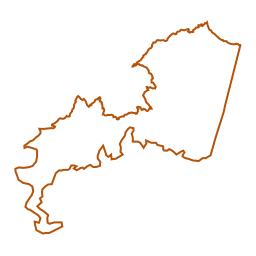 the district of Melandra, Paphos, Cyprus
{"feature_id": "46923920B99215363510988", "entity_name": "Melandra", "entity_type": "district", "adm_level": 2, "iso_a3": "CYP", "parent_name": "Cyprus", "parent_adm1": "Paphos", "projection": "mercator", "projection_center": [32.531, 34.989], "detail": "fine", "context": "isolated", "style": "outline", "palette": "amber", "viewbox_px": 256, "rotation_deg": 0, "n_neighbors": 0, "source": "geoboundaries", "source_scale": "gbopen_adm2", "svg_char_len": 5252}
<svg xmlns="http://www.w3.org/2000/svg" viewBox="0 0 256 256"><path d="M39.4,128.8L40.6,131.6L40.4,133.4L38.5,135.7L36.5,137.0L33.0,140.3L30.0,141.4L27.5,143.5L25.5,144.9L24.4,145.6L24.5,147.9L27.3,146.7L29.7,147.3L32.2,148.0L36.7,149.6L37.1,151.4L37.1,156.4L36.1,161.7L34.8,163.3L32.5,166.0L28.8,167.2L23.3,167.9L18.9,167.4L15.4,168.8L15.5,171.3L17.1,175.6L18.5,179.8L23.4,183.0L28.7,184.0L32.3,186.4L33.2,191.4L31.7,195.2L29.4,198.3L26.4,202.9L25.4,206.9L28.0,209.2L30.0,209.8L34.4,212.8L38.2,215.2L40.5,218.3L38.9,222.8L34.7,221.6L34.9,224.2L36.4,230.1L38.2,231.1L43.2,233.6L45.3,233.0L49.4,232.9L52.5,231.4L58.9,228.2L62.3,226.4L61.6,222.4L54.3,222.4L49.5,223.8L47.6,222.7L47.3,217.8L48.2,215.1L43.9,211.4L40.3,209.2L37.3,206.3L41.7,202.2L39.9,198.5L42.5,196.4L42.0,192.4L42.3,189.4L45.2,186.5L48.1,184.5L50.0,184.3L51.8,184.2L54.2,177.6L55.8,173.2L59.2,170.3L61.0,170.6L63.6,169.9L67.8,169.9L69.5,169.0L71.2,165.6L73.8,165.4L76.4,166.3L73.9,168.5L76.6,170.2L78.6,169.2L80.5,168.0L82.7,167.6L83.9,168.9L87.7,166.0L90.4,164.9L93.3,167.1L96.5,166.9L100.0,165.8L100.3,162.0L97.7,158.4L97.7,155.9L99.4,150.7L103.1,145.7L105.7,153.0L106.2,155.1L108.4,156.9L111.1,154.6L111.6,159.3L115.9,158.7L122.7,154.6L120.5,151.8L120.9,147.1L119.8,144.1L121.5,140.4L124.9,135.7L125.6,132.2L128.1,128.9L130.0,127.4L133.5,128.2L133.5,130.8L131.7,133.5L132.8,137.6L132.8,141.6L138.4,141.7L140.4,143.0L143.6,147.8L146.4,143.3L146.1,140.5L151.5,142.8L156.0,142.8L157.3,144.9L163.2,146.3L163.2,149.5L164.2,150.6L167.3,150.6L169.2,149.1L171.5,150.2L174.0,152.1L176.4,154.6L181.0,151.6L183.3,150.7L184.5,152.5L183.1,154.5L182.5,156.3L183.9,157.3L185.7,158.3L188.9,158.9L191.3,159.9L193.4,160.6L195.2,160.6L198.5,161.1L202.9,158.1L205.7,158.2L210.6,155.3L215.4,138.2L223.7,112.0L225.3,104.6L240.6,44.3L240.2,45.1L238.9,45.1L238.7,44.8L237.6,43.8L236.6,43.9L236.2,43.7L235.8,44.1L233.1,44.3L231.4,44.0L230.1,43.6L227.8,42.7L226.4,41.2L225.2,41.2L223.5,41.1L222.8,40.0L221.4,39.9L221.0,39.7L218.9,38.2L218.2,37.3L216.5,36.1L216.1,35.5L214.3,33.8L212.0,32.3L211.2,30.5L209.7,29.8L209.2,29.4L208.0,26.2L207.4,24.7L207.4,23.8L207.0,22.4L206.6,23.0L205.0,23.2L205.0,23.3L204.4,24.2L203.2,25.0L202.4,26.0L201.9,25.9L202.1,24.5L201.6,24.3L201.1,24.4L200.8,25.6L198.6,25.1L198.3,25.8L198.7,27.2L198.1,27.5L195.9,27.6L195.3,28.7L193.1,30.2L193.3,31.8L192.8,32.1L191.0,31.8L189.9,32.6L189.2,32.4L188.0,31.6L188.7,30.8L188.8,29.6L188.3,29.0L184.2,30.3L181.1,29.7L179.4,31.4L178.0,31.6L176.6,32.5L176.5,33.8L175.7,34.3L173.5,33.5L172.5,33.7L170.0,35.9L168.5,37.5L167.5,38.9L167.3,40.1L166.3,40.8L165.2,41.1L164.1,40.4L163.1,40.1L161.8,40.3L160.7,40.5L157.6,40.1L157.0,40.3L155.4,42.5L153.5,42.4L152.1,44.8L152.0,46.3L151.7,47.1L150.8,48.2L149.6,48.5L148.8,49.4L147.8,50.7L147.3,52.2L146.3,53.0L145.7,53.9L145.7,54.3L144.7,54.5L143.2,55.8L143.4,57.0L143.1,57.1L141.9,58.3L140.8,60.1L139.1,61.1L137.0,62.4L135.8,64.1L135.2,64.3L134.0,64.2L133.5,65.3L132.6,66.0L132.5,66.5L133.3,66.5L133.6,66.3L134.3,65.4L135.6,65.6L137.6,63.9L138.5,64.3L139.0,64.1L139.4,64.8L141.2,65.2L141.9,65.7L142.6,65.4L143.9,66.5L146.7,67.7L147.5,68.8L147.9,69.7L148.4,70.0L148.8,70.6L148.7,71.7L149.2,73.3L150.2,73.4L151.0,73.7L152.5,76.5L152.3,77.2L153.0,78.4L151.5,79.6L151.6,82.5L153.2,82.7L155.8,86.8L155.1,88.3L154.7,88.0L153.6,88.4L152.9,88.5L152.0,88.2L151.5,87.9L150.8,87.5L150.3,87.2L149.5,87.7L148.8,87.7L148.1,87.6L147.4,87.0L146.7,87.0L146.9,88.0L147.4,88.5L148.3,90.0L147.1,90.4L146.7,90.8L145.8,91.5L144.6,92.2L144.2,93.5L143.0,95.2L145.5,99.5L145.4,100.0L145.8,100.8L146.3,102.4L148.6,104.6L149.5,106.0L151.2,107.7L151.6,108.7L150.5,108.7L150.2,108.2L149.7,108.0L148.8,109.5L147.9,110.8L147.1,111.0L146.0,110.3L145.2,109.4L143.5,108.8L142.8,109.7L141.7,109.9L141.1,108.5L140.3,107.3L139.7,107.3L138.9,106.9L138.0,106.8L137.0,107.3L137.6,108.7L138.4,109.3L137.8,110.4L137.9,111.6L137.0,112.7L136.9,113.6L136.4,113.6L135.9,113.8L134.9,112.9L133.1,113.0L132.2,112.6L131.0,112.5L130.6,112.8L129.4,113.3L128.8,112.9L127.3,114.3L126.5,114.6L124.6,114.8L124.0,116.1L123.5,116.6L122.5,116.4L120.7,116.8L119.0,117.6L118.7,119.1L118.3,119.3L117.5,119.4L116.8,119.1L116.8,117.9L115.5,116.9L114.4,116.9L113.5,117.2L113.1,115.7L112.8,115.2L111.4,114.7L110.1,115.0L107.7,114.9L106.1,115.5L105.6,115.5L104.8,115.3L103.5,114.4L102.9,114.4L104.3,110.0L103.5,108.2L102.7,108.5L102.7,108.0L102.4,107.8L102.4,105.7L102.2,104.2L101.6,103.8L101.9,102.7L101.1,101.6L100.5,101.7L100.1,101.6L99.7,99.9L100.4,98.7L100.4,97.9L100.2,97.5L99.6,97.3L99.4,97.6L98.7,97.8L98.1,98.5L97.6,99.4L96.5,99.2L95.0,100.2L94.9,100.4L94.9,101.1L94.3,102.0L91.5,103.9L91.3,105.1L90.5,105.5L90.1,105.1L88.8,106.8L87.2,105.2L85.6,101.1L83.8,98.9L82.5,100.0L81.0,99.1L79.8,97.7L79.1,96.8L78.1,96.1L77.6,96.5L76.8,97.6L75.3,100.9L75.9,101.5L74.1,104.7L74.0,106.6L73.5,108.6L72.5,109.4L71.9,110.8L72.0,111.4L70.5,113.2L69.7,115.0L69.7,116.3L68.9,116.6L68.5,116.4L67.0,116.5L66.6,116.0L64.8,118.2L64.2,118.3L63.7,118.7L63.2,118.8L61.8,118.7L60.9,118.4L59.6,118.5L58.7,119.2L58.6,119.6L57.3,121.2L55.9,122.3L54.4,123.5L52.9,124.0L52.0,124.5L52.0,125.5L52.8,125.7L53.8,126.2L54.6,126.2L55.1,126.7L54.2,127.8L53.0,128.3L51.4,128.1L49.3,128.3L44.9,128.8L43.9,128.9L42.1,128.9L40.7,128.9L39.4,128.8Z" fill="none" stroke="#b45309" stroke-width="2"/></svg>